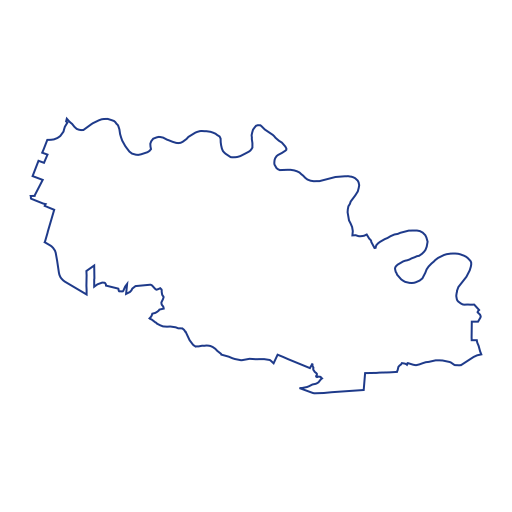 Culciu, Satu Mare, Romania
{"feature_id": "2599482B46211160445455", "entity_name": "Culciu", "entity_type": "district", "adm_level": 2, "iso_a3": "ROU", "parent_name": "Romania", "parent_adm1": "Satu Mare", "projection": "equal_earth", "projection_center": [23.072, 47.736], "detail": "fine", "context": "isolated", "style": "outline", "palette": "blue", "viewbox_px": 512, "rotation_deg": 0, "n_neighbors": 0, "source": "geoboundaries", "source_scale": "gbopen_adm2", "svg_char_len": 6057}
<svg xmlns="http://www.w3.org/2000/svg" viewBox="0 0 512 512"><path d="M314.3,393.3L323.8,393.0L331.8,392.2L363.7,390.0L365.1,373.1L376.5,372.9L379.8,372.6L389.1,372.4L397.0,371.9L397.3,370.8L397.6,370.3L398.4,366.9L399.6,365.5L401.0,364.5L401.9,363.1L404.8,363.6L406.5,364.3L407.0,364.8L407.3,364.3L407.6,363.1L407.9,363.1L413.1,364.7L415.2,365.1L416.5,365.1L419.4,364.4L422.7,363.2L425.8,362.2L428.7,361.9L435.8,360.3L438.9,360.3L442.6,360.5L449.7,362.0L450.9,362.5L454.2,364.8L454.9,365.1L459.6,365.3L460.5,365.1L460.9,365.2L473.7,356.9L477.2,355.3L481.3,354.4L480.1,351.3L478.6,345.8L477.4,343.0L477.0,341.6L476.8,340.2L471.7,340.2L471.6,337.4L471.8,321.7L478.0,321.7L480.4,317.6L480.7,316.7L480.5,315.7L480.0,314.6L477.6,312.3L477.6,312.1L477.9,311.4L478.4,310.7L479.1,310.0L474.2,304.6L470.7,304.7L467.6,304.5L464.3,304.7L462.6,304.4L460.9,303.5L458.2,301.5L457.3,300.4L456.8,299.1L456.3,296.3L456.3,295.3L456.7,292.7L457.0,291.8L457.0,290.8L458.4,287.0L466.4,276.8L469.7,270.4L470.8,266.8L471.2,264.6L471.2,262.7L470.7,261.3L469.6,260.0L467.7,258.0L466.0,256.7L463.8,255.6L461.2,254.7L460.9,254.5L458.3,253.8L454.9,253.5L450.8,253.6L446.6,254.2L444.0,255.0L438.1,257.9L435.2,260.1L433.9,261.5L431.5,263.5L428.6,266.5L426.6,269.4L425.3,272.8L422.4,278.4L419.6,280.6L415.7,282.3L414.0,282.8L411.8,283.0L409.6,282.9L405.2,281.9L403.4,280.9L401.2,279.4L397.1,274.7L396.6,273.3L395.7,271.8L395.3,270.1L395.0,268.7L395.3,267.3L396.1,266.1L397.7,264.6L403.2,261.4L405.2,260.7L407.2,260.3L409.5,259.5L411.5,258.4L414.8,257.2L416.9,256.2L419.1,255.8L422.0,253.8L424.2,251.6L425.5,249.8L426.7,246.7L427.6,241.7L426.4,237.5L425.3,235.2L422.7,232.6L419.9,231.1L416.8,230.5L408.8,230.6L400.3,232.8L397.8,233.9L394.4,234.5L390.5,236.2L387.5,238.0L384.8,239.1L380.1,241.8L378.2,243.2L376.4,245.1L375.9,246.4L375.6,247.8L374.5,248.0L371.2,241.8L371.2,241.2L371.1,240.8L370.6,240.0L369.2,238.6L366.7,234.5L364.2,235.7L362.6,236.0L359.9,236.3L358.3,236.1L355.7,235.2L352.4,235.4L352.8,231.1L352.1,227.0L350.6,223.5L349.0,220.4L347.6,212.3L347.8,209.4L348.4,206.3L349.9,203.9L350.7,201.5L355.2,195.5L357.8,191.4L358.7,188.0L359.2,185.2L358.6,182.4L357.7,180.6L355.1,178.2L353.3,177.3L351.1,176.6L350.4,176.6L348.3,176.2L344.5,176.3L335.4,177.0L319.6,181.1L313.6,181.2L310.5,180.7L307.4,179.5L305.3,177.9L303.1,175.6L301.3,174.2L299.5,172.5L297.0,171.3L294.2,170.4L290.5,169.8L287.4,169.8L279.8,170.1L277.9,169.2L276.5,168.1L274.5,164.6L274.3,163.2L274.4,161.5L274.6,159.9L275.2,158.2L276.6,156.1L278.0,155.0L282.0,152.9L285.5,150.6L286.3,149.8L286.4,148.7L285.8,147.4L285.2,146.4L281.9,142.6L279.0,140.8L277.1,139.2L275.4,137.7L274.2,136.2L272.8,134.9L264.8,129.5L261.5,126.2L260.4,125.3L257.8,125.2L256.0,125.8L254.6,127.5L253.0,129.7L252.2,132.5L251.6,135.2L251.9,137.8L251.8,138.9L252.4,143.1L252.4,147.6L251.5,149.1L250.3,150.6L248.8,151.7L245.0,153.7L240.3,156.1L237.6,156.9L235.7,157.2L232.2,157.3L230.6,157.1L225.5,153.7L224.1,152.4L222.9,151.0L221.9,148.6L221.1,145.2L220.7,142.2L220.6,138.6L219.6,136.5L217.3,135.1L215.5,133.7L212.9,132.6L210.5,131.8L206.4,131.2L204.6,131.2L201.8,131.0L200.0,131.1L197.2,131.9L195.4,132.6L188.4,136.9L186.5,139.0L182.7,141.8L180.6,142.8L178.4,143.1L176.2,142.9L172.6,141.8L168.6,140.2L167.1,139.7L163.1,137.6L160.2,137.0L158.6,136.9L156.6,137.4L153.2,138.7L151.2,141.3L150.3,143.8L150.5,146.7L151.0,149.1L149.5,150.9L147.5,152.2L141.1,154.3L138.3,154.9L135.9,154.7L132.0,153.6L129.4,151.6L126.8,148.2L125.2,146.0L122.2,140.6L121.1,137.5L120.1,134.1L119.4,129.4L118.3,126.0L117.7,124.9L116.5,123.8L115.3,122.1L114.0,121.0L111.8,120.2L107.7,118.9L103.9,119.0L101.6,119.3L98.9,120.3L92.9,123.2L91.5,124.1L83.4,130.0L81.1,130.1L78.9,129.7L76.7,128.9L74.4,126.8L72.1,123.9L70.6,122.7L69.0,121.2L66.8,118.7L66.1,121.4L67.4,122.6L64.9,126.7L64.0,129.6L63.5,131.6L60.3,136.0L58.5,137.3L57.2,138.1L53.9,139.4L50.9,139.8L47.3,139.9L43.7,149.2L42.2,152.7L47.5,154.6L44.0,162.8L38.5,160.8L32.6,176.1L42.7,179.9L34.8,195.2L34.7,195.9L30.7,196.0L30.9,196.7L30.9,198.1L31.0,198.6L31.3,198.8L43.3,203.6L45.6,204.1L45.1,204.8L44.7,205.9L54.2,209.8L47.8,231.6L47.6,232.6L45.7,239.2L44.9,241.9L44.7,242.2L50.5,245.6L51.5,246.3L53.1,247.9L55.0,250.7L55.7,252.8L57.1,260.6L58.9,272.6L59.4,274.8L60.4,277.1L61.3,278.4L63.1,280.3L64.8,281.6L86.6,294.5L86.6,289.9L86.4,285.8L86.6,275.3L86.4,271.0L94.2,265.5L94.4,278.3L94.2,279.5L94.2,286.7L96.9,284.7L98.0,284.1L102.2,282.6L104.3,282.7L105.0,283.0L105.8,284.2L106.0,284.9L106.0,285.6L118.2,288.6L118.4,288.8L118.7,290.5L118.9,291.0L119.2,291.3L122.3,291.4L122.9,291.3L123.3,290.8L125.2,286.5L127.1,284.0L126.1,293.9L129.9,292.0L131.4,290.4L132.3,288.6L135.5,286.1L150.4,284.7L151.5,285.1L152.1,285.5L155.1,288.8L156.2,289.6L156.6,289.7L158.8,288.9L160.2,288.2L161.5,289.5L161.7,290.1L161.7,291.9L162.1,294.4L162.4,295.2L163.5,296.7L163.6,297.2L162.9,299.3L161.4,302.4L161.4,303.0L161.6,304.2L161.9,304.9L163.1,306.4L163.5,307.3L163.7,308.6L159.4,309.6L158.7,310.6L157.3,311.7L155.3,312.9L152.3,313.7L151.7,315.6L150.9,316.9L149.6,318.3L149.8,318.4L150.0,318.8L151.8,319.6L155.4,322.4L156.3,322.8L156.9,323.6L160.2,325.3L163.0,326.4L167.1,326.7L170.2,326.5L175.7,327.3L178.2,328.3L182.3,328.4L184.0,329.8L184.6,330.6L185.4,331.9L185.7,331.9L189.6,340.2L192.9,344.6L193.8,345.4L195.7,346.6L196.4,346.4L198.6,346.4L202.2,345.7L204.2,345.8L206.5,345.5L208.8,345.7L210.4,346.0L212.7,347.0L215.3,348.8L217.4,351.0L221.0,353.8L221.2,354.2L221.3,354.6L228.8,356.7L232.3,358.2L234.8,359.0L240.9,360.2L241.9,360.2L249.6,358.8L255.5,359.2L264.0,359.1L269.8,360.0L270.9,360.8L273.6,363.3L277.6,354.7L283.0,356.9L288.2,359.2L309.9,368.1L312.1,364.2L312.5,364.4L312.4,365.3L312.7,366.3L313.4,367.6L313.4,368.1L313.2,368.7L313.3,369.7L314.7,371.8L315.2,372.3L316.1,372.9L316.9,373.9L316.8,375.3L316.2,375.9L316.1,376.2L316.2,376.6L317.0,377.1L317.4,377.0L318.2,376.6L320.3,376.8L320.8,377.1L321.1,377.7L322.0,378.4L320.8,379.4L318.5,382.3L317.1,383.2L316.6,383.4L315.8,383.8L312.4,384.5L309.1,386.2L307.1,387.0L302.1,388.0L299.5,388.1L312.9,393.0L314.3,393.3Z" fill="none" stroke="#1e3a8a" stroke-width="2"/></svg>